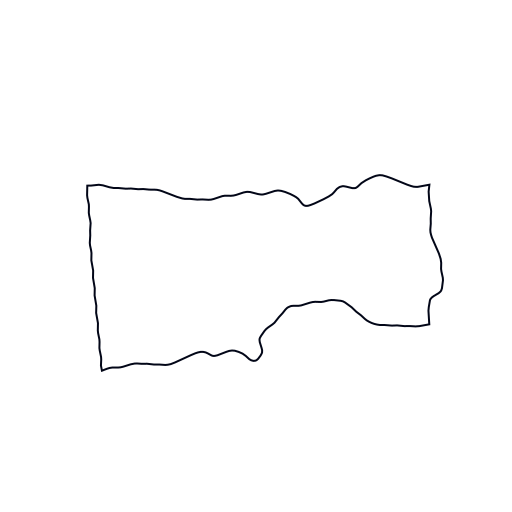 outline of Los Rios, Bahoruco, Dominican Republic, rotated 66°
{"feature_id": "3306468B61523317388818", "entity_name": "Los Rios", "entity_type": "district", "adm_level": 2, "iso_a3": "DOM", "parent_name": "Dominican Republic", "parent_adm1": "Bahoruco", "projection": "albers", "projection_center": [-71.562, 18.559], "detail": "fine", "context": "isolated", "style": "outline", "palette": "ink", "viewbox_px": 512, "rotation_deg": 66, "n_neighbors": 0, "source": "geoboundaries", "source_scale": "gbopen_adm2", "svg_char_len": 3057}
<svg xmlns="http://www.w3.org/2000/svg" viewBox="0 0 512 512"><g transform="rotate(66 256 256)"><path d="M388.9,125.5L376.1,120.7L372.9,118.9L367.2,115.1L366.4,114.3L365.4,112.2L364.9,109.9L364.2,104.1L363.5,101.9L362.9,100.9L361.2,99.3L354.3,95.1L351.9,94.2L345.6,92.9L343.1,92.2L337.6,89.6L333.8,88.5L328.2,87.9L310.9,87.8L308.1,87.5L305.4,87.0L302.9,86.1L297.6,83.2L292.9,81.2L286.4,77.8L283.9,77.0L276.3,75.4L267.4,72.1L261.4,68.6L258.6,80.2L258.1,81.4L256.8,83.8L255.1,85.9L252.3,88.9L240.2,100.5L236.4,104.5L233.8,107.6L232.5,110.0L232.1,111.3L231.5,113.9L231.3,116.6L231.3,120.7L231.5,124.8L232.3,130.0L234.1,135.2L234.4,137.3L234.1,138.4L233.1,140.5L229.3,145.4L227.9,147.5L227.4,148.7L227.0,151.2L227.1,152.4L227.6,154.8L229.6,159.0L230.5,161.3L231.2,165.4L231.6,171.2L231.8,181.3L231.6,185.4L231.3,187.9L230.9,189.1L230.4,190.2L229.6,191.2L228.7,191.9L226.7,192.7L220.9,194.2L218.6,195.4L216.5,196.9L213.3,199.5L209.4,203.3L206.8,206.4L205.4,208.7L204.9,209.9L204.2,212.5L203.2,221.7L202.7,224.3L202.3,225.5L201.7,226.7L200.2,229.0L195.2,235.3L193.9,237.7L193.5,238.9L192.9,241.5L192.1,249.4L191.6,252.0L190.8,254.4L188.3,259.8L187.6,262.4L186.7,271.6L186.2,274.2L185.3,276.6L182.5,282.0L180.6,286.7L177.0,293.0L174.9,297.7L173.4,300.0L169.8,304.2L158.8,315.2L156.9,317.3L155.3,319.5L154.1,321.8L152.0,326.4L149.0,331.7L147.1,336.4L143.5,342.8L141.6,347.5L138.0,353.9L135.9,358.5L133.6,361.9L129.2,367.1L127.0,370.6L124.6,378.0L123.1,381.5L131.8,385.6L134.4,386.4L140.8,387.7L143.1,388.6L148.6,391.2L151.1,391.9L156.2,393.0L158.7,393.7L165.1,397.1L169.9,399.1L176.4,402.5L178.8,403.3L184.0,404.4L186.4,405.1L193.0,408.2L203.1,410.7L209.7,413.8L219.8,416.4L226.4,419.5L236.5,422.1L243.0,425.2L253.1,427.7L259.7,430.8L262.2,431.6L268.5,433.0L270.9,433.9L276.4,436.5L278.8,437.2L285.2,438.6L287.6,439.5L293.0,442.2L298.1,443.4L298.4,438.0L298.7,435.4L299.4,432.8L301.8,427.4L302.6,425.0L303.1,422.4L304.0,414.5L304.9,410.6L305.8,408.4L308.1,404.1L310.1,399.4L313.8,393.1L315.8,388.5L318.7,383.1L319.5,380.6L320.1,377.8L320.3,373.4L320.1,355.5L320.2,351.0L320.5,348.2L321.1,345.4L322.2,343.1L323.6,341.2L325.3,339.7L328.7,337.1L329.4,336.4L330.1,335.3L330.5,334.2L331.0,331.7L331.5,321.9L331.8,319.1L332.6,316.3L333.9,313.9L336.6,310.8L339.7,308.0L343.1,306.0L347.5,304.1L349.3,302.8L350.7,301.1L351.1,300.1L351.4,299.0L351.4,297.9L350.8,295.9L348.8,292.3L347.4,290.5L346.6,289.7L344.5,288.7L342.2,288.3L336.3,287.6L334.0,286.9L333.0,286.3L332.2,285.5L330.9,283.7L327.9,278.7L326.9,276.5L326.2,274.0L325.2,268.8L324.5,266.3L321.1,259.8L319.1,255.1L316.9,250.9L316.1,248.7L315.9,247.5L315.9,245.0L316.1,243.8L316.9,241.6L318.8,237.4L319.5,234.9L320.6,225.6L321.1,223.0L321.9,220.6L324.5,215.2L325.2,212.7L326.1,207.5L326.9,205.0L327.9,202.8L331.4,196.8L332.8,195.0L334.6,193.6L341.7,189.5L347.6,187.1L352.9,184.2L357.6,182.2L359.9,181.0L362.1,179.4L364.2,177.6L366.1,175.6L367.8,173.4L369.3,171.1L371.4,166.5L374.9,160.1L376.8,155.3L380.4,149.0L382.4,144.3L385.2,138.9L386.5,135.3L388.9,125.5Z" fill="none" stroke="#020617" stroke-width="2"/></g></svg>